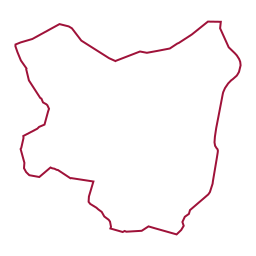 Akamkpa, Cross River, Nigeria (Mercator projection)
{"feature_id": "59680162B55799213409467", "entity_name": "Akamkpa", "entity_type": "district", "adm_level": 2, "iso_a3": "NGA", "parent_name": "Nigeria", "parent_adm1": "Cross River", "projection": "mercator", "projection_center": [8.538, 5.38], "detail": "fine", "context": "isolated", "style": "outline", "palette": "rose", "viewbox_px": 256, "rotation_deg": 0, "n_neighbors": 0, "source": "geoboundaries", "source_scale": "gbopen_adm2", "svg_char_len": 1357}
<svg xmlns="http://www.w3.org/2000/svg" viewBox="0 0 256 256"><path d="M176.6,234.4L181.2,230.0L183.7,225.8L182.4,222.0L184.8,216.8L188.9,213.9L190.0,210.1L208.3,194.4L209.9,192.1L212.6,183.7L212.9,181.3L216.6,159.4L216.7,158.8L217.7,152.6L217.9,150.8L217.5,149.2L216.6,148.2L215.1,145.8L214.5,142.4L214.9,136.8L216.2,128.1L218.3,117.3L222.8,93.8L223.2,92.2L225.0,88.1L228.2,83.4L231.3,80.2L232.5,79.4L236.7,75.7L237.5,74.5L239.0,71.9L240.6,65.3L240.2,61.8L239.1,59.0L236.8,55.4L234.8,53.2L228.7,47.3L225.0,39.1L220.1,28.3L220.8,21.8L207.9,21.6L191.8,34.5L178.7,43.0L177.4,43.5L169.8,48.5L157.9,50.8L146.9,52.8L140.0,51.5L115.9,60.8L115.5,61.1L109.1,58.2L81.3,40.6L71.9,28.3L68.7,26.4L59.5,24.1L32.3,39.0L20.7,42.4L15.5,44.5L15.4,46.2L17.4,52.0L20.9,60.5L26.5,68.5L26.2,69.2L28.9,80.4L40.2,97.9L41.4,98.6L43.0,102.4L46.4,104.3L47.4,105.3L49.0,108.8L48.1,111.4L44.5,124.6L39.1,126.9L37.3,128.7L23.3,136.0L23.5,138.0L21.3,147.8L20.6,149.0L24.4,162.8L24.0,168.2L26.2,172.2L29.3,175.2L39.3,177.0L50.5,167.5L52.3,168.3L54.4,168.7L56.6,169.8L57.9,170.0L70.5,178.3L71.2,178.1L93.4,181.5L88.9,196.6L88.9,196.9L88.6,201.8L90.2,203.9L96.4,207.7L98.3,209.4L101.7,211.9L104.3,216.5L108.7,219.8L110.0,221.6L111.0,226.8L110.4,228.5L122.7,232.0L124.7,231.0L126.3,231.7L141.7,230.8L148.5,226.4L155.0,228.3L176.6,234.4Z" fill="none" stroke="#9f1239" stroke-width="2"/></svg>